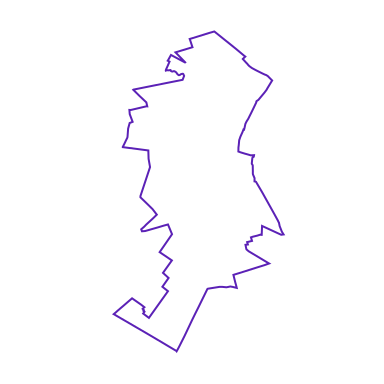 Socodor, Arad, Romania, rotated 350°
{"feature_id": "2599482B92600377447985", "entity_name": "Socodor", "entity_type": "district", "adm_level": 2, "iso_a3": "ROU", "parent_name": "Romania", "parent_adm1": "Arad", "projection": "albers", "projection_center": [21.428, 46.517], "detail": "fine", "context": "isolated", "style": "outline", "palette": "violet", "viewbox_px": 384, "rotation_deg": 350, "n_neighbors": 0, "source": "geoboundaries", "source_scale": "gbopen_adm2", "svg_char_len": 3081}
<svg xmlns="http://www.w3.org/2000/svg" viewBox="0 0 384 384"><g transform="rotate(350 192 192)"><path d="M149.2,346.2L150.2,345.0L151.7,343.1L153.0,341.4L159.5,332.7L165.4,324.4L169.8,318.2L174.4,311.9L178.2,306.8L183.3,299.8L190.3,290.2L190.8,290.0L202.6,290.2L205.4,290.7L209.3,291.8L211.1,291.8L213.3,291.7L215.5,292.5L216.4,292.9L219.4,294.2L219.2,291.2L218.9,288.3L218.4,280.8L224.8,280.0L242.2,277.7L250.8,276.6L255.5,275.8L241.3,263.5L237.5,260.2L235.7,258.0L235.6,257.5L235.5,253.3L237.9,253.4L237.6,250.9L242.6,250.6L242.2,246.9L244.1,246.6L248.7,246.3L250.9,246.0L252.6,245.8L252.7,246.2L253.2,246.3L255.1,237.6L272.4,249.6L274.8,249.7L273.6,246.7L272.4,240.8L272.3,237.2L271.9,236.3L271.7,235.3L269.2,227.9L261.1,204.6L259.2,199.5L256.8,193.1L256.2,192.7L255.4,192.4L256.0,189.2L255.4,186.6L255.1,185.3L255.1,184.5L255.5,182.3L256.4,176.6L256.3,175.8L255.8,174.7L255.8,174.4L257.0,170.1L257.4,168.9L257.7,168.4L258.9,168.0L259.3,167.1L259.5,166.5L256.3,166.1L252.2,164.1L250.9,163.5L246.4,161.2L244.7,160.2L245.5,156.1L246.2,153.9L247.5,149.1L248.2,147.9L249.0,146.4L249.5,145.6L252.1,141.8L253.6,139.3L254.1,139.6L254.9,137.9L256.4,134.2L257.9,132.1L260.1,129.7L262.0,127.1L263.8,124.7L267.0,120.3L270.8,115.0L271.1,114.0L271.4,113.7L273.4,112.8L280.5,106.8L283.1,104.4L284.3,102.9L289.4,97.1L290.3,96.1L289.6,95.1L288.0,92.8L286.7,90.9L285.2,89.6L284.4,89.2L283.2,88.4L281.4,87.1L278.7,85.1L275.9,83.0L273.5,81.1L272.4,80.2L271.1,78.8L270.2,77.9L270.1,77.6L269.4,76.7L268.6,75.1L268.4,75.0L265.1,69.8L265.2,69.7L265.6,69.5L266.2,69.1L268.0,67.9L266.9,66.7L260.0,58.5L242.3,38.3L241.8,37.8L236.2,38.4L219.7,40.5L216.3,40.9L216.6,42.6L217.6,49.5L200.0,51.6L207.8,63.1L207.6,63.2L195.1,53.4L191.3,58.1L190.9,58.5L192.5,59.7L189.8,63.8L187.8,66.7L187.3,67.6L187.3,67.9L188.0,67.8L188.4,67.8L188.8,67.8L189.6,68.0L190.4,68.2L190.8,68.2L191.3,68.1L191.7,68.2L192.0,68.2L192.3,69.2L192.8,69.6L193.1,69.8L193.8,70.0L194.7,69.8L195.4,69.9L196.3,70.5L196.8,71.0L197.3,71.6L198.0,73.2L198.7,74.1L199.2,74.6L200.1,74.7L200.6,74.5L201.7,74.0L203.1,73.9L203.6,74.0L203.9,74.3L204.4,76.3L202.2,79.9L192.0,80.1L173.7,80.5L152.1,81.0L151.9,81.1L157.0,88.3L162.6,95.8L162.8,99.9L161.9,99.7L156.6,100.0L151.4,100.3L145.9,100.6L144.6,100.3L144.4,102.4L144.2,104.5L145.7,112.6L145.3,112.7L142.6,113.2L140.9,116.8L140.1,118.5L138.2,126.0L137.8,127.2L136.1,129.5L133.9,132.6L131.6,135.7L131.6,135.8L136.4,137.3L138.3,137.9L140.2,138.4L141.3,138.8L141.9,139.0L145.1,140.0L148.9,141.2L156.2,143.5L155.0,151.8L155.0,160.2L140.5,187.1L140.3,188.3L146.4,196.7L149.3,200.8L150.0,201.7L153.4,208.2L148.7,211.4L141.3,216.1L139.0,217.8L135.5,219.9L135.9,222.0L139.1,222.3L144.8,221.7L152.5,220.9L158.4,220.2L162.7,219.8L165.0,230.1L149.7,245.6L160.3,255.9L149.4,266.6L154.0,272.6L146.4,280.2L151.1,285.5L127.7,308.5L122.8,303.2L124.4,301.7L123.5,300.6L124.1,300.0L123.1,298.5L125.1,297.2L122.3,294.1L114.5,286.3L109.8,289.1L104.1,292.5L101.0,294.3L99.7,295.1L98.3,295.9L96.1,297.3L93.7,298.7L124.2,324.5L124.8,325.0L149.0,345.8L149.2,346.2Z" fill="none" stroke="#5b21b6" stroke-width="2"/></g></svg>